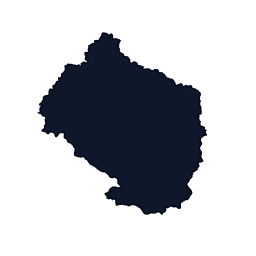 the district of Aluminé, Neuquén, Argentina, rotated 121°
{"feature_id": "61730980B74102790629524", "entity_name": "Aluminé", "entity_type": "district", "adm_level": 2, "iso_a3": "ARG", "parent_name": "Argentina", "parent_adm1": "Neuquén", "projection": "albers", "projection_center": [-71.146, -39.13], "detail": "fine", "context": "isolated", "style": "filled", "palette": "ink", "viewbox_px": 256, "rotation_deg": 121, "n_neighbors": 0, "source": "geoboundaries", "source_scale": "gbopen_adm2", "svg_char_len": 5795}
<svg xmlns="http://www.w3.org/2000/svg" viewBox="0 0 256 256"><g transform="rotate(121 128 128)"><path d="M196.1,113.6L196.8,112.3L197.2,110.3L198.6,110.0L198.4,108.9L198.6,108.3L196.9,106.8L196.9,105.5L197.2,104.5L196.4,104.4L195.9,103.9L195.8,102.0L196.4,100.7L198.0,100.1L199.0,98.9L199.9,98.3L199.0,97.1L198.0,96.5L196.8,94.4L196.1,94.1L195.8,93.5L195.7,92.0L194.7,90.4L194.8,89.7L194.2,89.2L194.3,87.9L194.0,87.0L192.7,86.5L191.7,85.1L190.9,84.6L190.4,83.5L189.9,80.7L190.1,77.1L189.9,76.3L191.9,71.7L192.5,70.7L192.7,69.5L192.3,68.0L190.5,65.9L189.1,65.3L187.2,61.7L185.6,60.1L184.4,59.7L183.8,58.8L184.0,58.0L183.8,57.4L183.8,56.1L184.2,55.5L184.2,54.6L183.1,54.9L180.2,53.3L179.4,53.4L177.0,54.8L176.5,54.6L175.8,52.9L173.5,52.0L172.6,51.1L171.7,47.6L170.1,46.4L170.5,45.8L170.4,44.3L170.7,43.3L170.2,42.4L168.9,42.3L166.2,44.2L164.1,44.7L163.5,43.6L161.7,43.3L160.9,42.4L158.9,42.1L159.3,41.2L158.9,40.5L156.8,39.9L154.6,40.3L151.9,39.8L151.2,39.9L150.7,40.1L149.3,41.6L148.0,45.7L147.2,47.3L146.4,48.5L145.5,49.1L141.5,48.6L140.8,49.0L139.2,49.0L138.8,49.0L138.3,48.3L136.7,48.2L135.9,49.2L134.2,48.9L134.0,49.6L133.3,50.4L132.0,49.9L131.9,49.3L127.9,47.5L127.0,48.2L124.7,47.7L123.4,48.2L123.0,49.1L121.7,50.3L121.2,49.7L120.5,49.6L119.6,48.3L118.3,47.2L117.8,47.1L117.1,47.8L117.1,49.0L116.0,49.8L115.5,50.6L115.6,51.1L115.2,51.5L114.3,51.3L113.8,51.6L114.1,52.3L113.8,52.8L113.2,52.5L112.9,51.9L111.0,52.7L109.7,55.5L108.9,56.0L108.4,56.7L105.6,57.0L105.2,57.3L104.2,56.8L103.3,57.1L102.3,58.6L102.4,60.0L101.3,59.6L100.0,60.4L97.8,60.2L94.9,58.9L94.2,58.4L94.0,57.5L93.6,57.4L93.0,58.7L91.7,59.7L91.3,60.4L90.1,60.1L90.3,60.7L90.1,61.6L88.5,62.7L88.3,63.3L88.6,65.6L89.1,66.7L88.7,67.4L88.5,68.3L87.5,68.5L86.9,69.5L86.2,69.2L85.5,69.3L85.4,70.7L84.4,71.4L83.8,72.6L81.9,73.0L81.4,73.7L80.5,74.1L79.6,74.2L78.3,72.9L76.5,73.6L76.3,74.1L72.8,76.3L70.5,79.9L69.6,79.5L69.4,80.2L68.7,79.9L67.7,80.1L67.5,80.8L66.5,82.0L64.7,82.6L64.1,83.3L62.2,83.1L60.8,84.7L60.9,85.7L60.0,87.4L60.5,88.4L60.2,89.6L60.2,91.0L60.9,91.9L60.8,92.6L61.1,92.9L60.7,93.8L60.7,94.9L59.6,95.1L59.5,95.9L61.7,98.3L61.5,99.5L62.1,100.4L64.2,101.7L63.8,103.4L63.0,104.1L62.9,105.4L66.2,107.8L66.9,109.6L67.2,109.8L66.2,110.2L65.3,111.1L65.0,111.8L65.1,112.4L64.5,112.8L63.6,114.9L64.5,116.9L64.6,118.7L65.3,120.6L65.2,121.2L64.4,122.3L64.1,123.8L63.5,124.8L64.0,125.8L63.2,126.9L64.7,130.0L63.0,132.5L63.4,132.9L63.3,133.6L64.1,134.4L64.4,135.3L66.4,135.5L66.5,137.1L67.1,137.9L66.6,140.0L67.5,140.6L67.3,141.6L67.9,142.5L69.0,143.4L69.2,144.6L69.8,145.4L69.7,146.7L68.0,146.4L68.7,150.4L69.6,151.1L69.2,152.6L68.7,153.3L67.9,153.8L68.2,154.4L68.0,155.7L68.5,157.1L70.8,157.9L71.0,160.7L70.8,161.2L69.7,161.1L68.8,161.6L67.9,163.6L67.5,165.3L69.1,168.4L67.5,169.6L67.3,170.5L67.6,173.4L66.6,175.4L66.2,175.9L64.9,175.9L64.4,177.3L63.5,177.8L62.8,178.8L62.0,178.6L61.1,180.1L59.9,179.4L58.6,180.1L57.3,179.6L57.1,181.1L57.6,182.7L57.6,183.8L58.3,185.0L59.0,185.3L59.3,186.8L59.1,188.1L58.0,188.1L57.6,188.8L56.7,189.0L56.1,190.4L56.6,191.3L58.1,191.3L58.4,191.8L58.5,193.6L58.2,193.9L58.2,195.0L58.5,195.3L58.5,196.2L58.9,197.0L59.2,197.3L59.2,197.8L59.6,198.0L59.8,198.5L60.6,198.7L62.3,197.8L62.7,198.0L68.4,198.1L70.0,201.1L70.8,201.2L72.4,200.3L73.0,200.2L73.4,200.5L73.7,201.6L74.7,202.0L75.1,202.5L76.6,202.9L77.9,203.8L78.9,202.9L81.4,202.3L81.9,201.2L82.8,200.8L84.4,201.6L85.3,203.3L86.1,203.4L88.3,201.0L88.5,200.2L89.5,200.6L90.8,200.0L91.2,199.3L91.2,197.8L92.0,196.7L92.6,196.3L93.5,196.6L94.2,198.2L94.2,199.4L94.9,200.2L95.8,200.4L96.9,201.1L98.8,199.8L99.7,200.2L99.9,200.9L99.4,202.4L99.5,202.8L101.3,204.0L101.5,204.6L101.4,205.2L102.4,207.4L102.6,208.9L103.5,210.4L104.2,212.1L104.6,212.5L105.2,212.3L106.2,212.6L106.7,213.6L107.0,213.8L107.4,213.8L109.5,211.9L111.8,211.3L113.4,211.7L114.2,211.6L115.5,212.5L119.0,211.2L120.4,211.7L120.6,213.1L121.7,212.6L122.1,212.2L122.2,210.7L122.4,210.6L123.5,211.0L123.8,211.9L125.0,212.9L129.9,212.4L130.4,213.0L130.2,213.3L129.7,213.3L130.2,213.8L130.9,213.8L131.4,213.4L132.0,211.8L133.0,211.8L134.2,213.1L134.5,214.3L135.3,214.7L137.5,214.3L140.2,212.5L142.3,214.1L142.9,215.2L145.1,216.2L147.5,214.9L148.7,215.2L150.8,215.0L153.0,215.9L153.6,215.5L152.9,214.1L153.1,213.2L153.7,212.9L154.9,213.5L156.0,213.6L157.3,212.7L157.8,212.8L159.0,211.2L159.8,211.2L160.8,212.5L161.0,212.1L160.9,211.4L160.3,210.2L160.6,208.7L161.2,207.9L161.3,206.9L160.4,204.8L160.9,204.0L161.9,203.3L163.5,203.1L166.2,200.9L166.5,200.1L169.1,200.6L170.2,199.7L172.3,199.4L173.9,200.4L174.6,200.1L173.5,196.1L173.6,195.3L174.2,194.4L174.1,193.9L173.4,193.2L172.9,193.3L172.5,193.9L171.6,194.0L171.1,191.8L170.4,190.9L170.0,189.8L170.9,187.5L172.4,185.6L172.4,185.2L171.6,184.8L167.8,184.5L166.3,183.2L165.4,181.5L164.3,180.5L167.4,178.4L169.0,177.6L169.0,176.1L168.6,175.1L170.2,173.0L170.9,171.5L170.4,170.5L170.3,168.2L170.7,167.5L170.2,167.2L170.2,166.8L170.8,166.4L171.2,165.5L171.9,165.1L172.5,163.0L173.4,161.7L174.5,161.8L175.4,161.2L176.6,161.1L178.8,159.3L178.4,158.3L178.5,157.2L177.9,156.4L178.1,155.8L177.5,155.3L177.3,153.9L176.7,153.0L175.4,152.0L175.3,151.5L175.3,150.9L176.3,148.3L176.0,146.4L176.6,145.7L177.0,144.1L177.4,143.8L177.1,143.3L177.9,142.7L178.3,141.0L177.8,139.8L178.0,138.2L178.0,134.1L178.7,133.5L178.3,131.7L178.9,129.9L178.4,129.0L178.5,127.2L177.3,125.4L177.3,124.0L177.7,123.3L177.5,122.2L178.5,119.3L179.0,118.8L179.0,117.1L178.5,115.8L176.6,114.1L176.5,113.7L176.8,112.7L176.6,110.7L178.4,109.4L178.5,108.9L179.5,108.7L180.7,107.8L180.6,107.4L181.2,105.9L181.0,105.5L181.2,104.6L182.5,103.0L183.6,103.8L183.7,105.1L184.5,105.6L185.3,106.7L184.9,107.8L185.4,108.8L185.9,109.0L186.6,110.6L189.3,111.8L191.2,111.7L192.5,111.2L193.7,112.2L194.5,112.3L195.2,113.1L196.1,113.6Z" fill="#0f172a" stroke="#020617" stroke-width="1.5"/></g></svg>